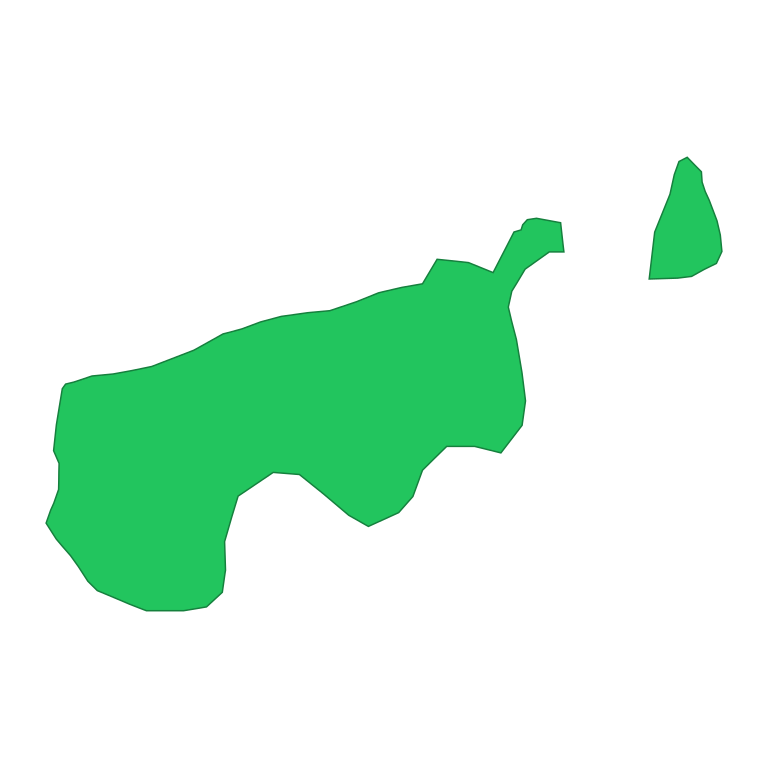 Patani, Delta, Nigeria
{"feature_id": "59680162B21067903036313", "entity_name": "Patani", "entity_type": "district", "adm_level": 2, "iso_a3": "NGA", "parent_name": "Nigeria", "parent_adm1": "Delta", "projection": "natural_earth1", "projection_center": [6.134, 5.186], "detail": "fine", "context": "isolated", "style": "filled", "palette": "green", "viewbox_px": 768, "rotation_deg": 0, "n_neighbors": 0, "source": "geoboundaries", "source_scale": "gbopen_adm2", "svg_char_len": 1480}
<svg xmlns="http://www.w3.org/2000/svg" viewBox="0 0 768 768"><path d="M46.1,523.1L52.7,533.5L56.3,539.1L62.3,546.2L70.5,555.6L78.4,566.6L87.9,581.3L97.3,590.6L116.9,598.8L129.6,604.2L143.2,609.5L146.4,610.7L183.7,610.7L197.7,608.4L206.5,606.9L222.3,592.3L225.1,572.6L225.5,570.3L224.6,541.6L232.0,516.1L238.1,496.1L273.2,472.4L299.4,474.5L323.6,494.0L348.8,515.3L365.9,525.0L368.4,526.4L398.7,512.6L403.9,506.7L412.9,496.5L422.5,470.2L433.5,459.3L446.7,446.4L474.7,446.4L486.1,449.2L500.9,452.9L522.1,425.3L525.5,400.9L524.4,391.8L522.0,372.9L521.9,372.2L520.3,362.7L516.4,339.5L511.6,321.1L508.3,307.1L511.8,291.2L516.6,283.4L525.1,269.2L525.6,268.8L549.3,251.9L563.9,251.9L563.1,245.2L560.6,222.7L558.2,222.3L548.5,220.5L536.5,218.3L527.3,219.7L522.7,224.8L521.1,229.9L514.0,232.0L505.9,247.8L493.1,272.6L480.3,267.4L468.5,262.6L455.7,261.2L437.1,259.3L422.5,283.8L401.9,287.4L383.3,291.7L378.4,292.9L356.3,301.8L329.8,310.7L307.8,312.7L281.3,316.4L260.7,321.9L241.6,329.0L225.6,333.3L223.1,333.9L193.9,350.2L151.7,366.5L131.8,370.6L113.1,374.0L92.0,376.0L73.8,382.1L65.6,384.1L62.3,388.7L56.4,424.7L53.6,450.7L59.1,463.4L58.9,472.1L58.8,480.8L58.6,489.5L53.8,503.2L50.7,510.1L46.1,523.1ZM701.4,171.8L694.3,164.6L687.2,157.3L679.0,161.5L674.3,174.6L670.0,194.2L654.7,232.1L649.2,279.0L677.7,278.1L691.6,276.4L704.0,269.5L716.4,263.4L721.9,251.5L720.3,235.0L717.0,220.8L709.2,200.2L705.2,191.5L702.1,182.1L701.4,171.8Z" fill="#22c55e" stroke="#15803d" stroke-width="1.5"/></svg>